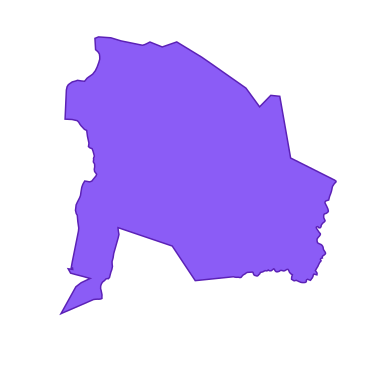 Santiago Miltepec, Oaxaca, Mexico, rotated 191°
{"feature_id": "50627088B74886386761590", "entity_name": "Santiago Miltepec", "entity_type": "district", "adm_level": 2, "iso_a3": "MEX", "parent_name": "Mexico", "parent_adm1": "Oaxaca", "projection": "natural_earth1", "projection_center": [-97.734, 17.988], "detail": "fine", "context": "isolated", "style": "filled", "palette": "violet", "viewbox_px": 384, "rotation_deg": 191, "n_neighbors": 0, "source": "geoboundaries", "source_scale": "gbopen_adm2", "svg_char_len": 4354}
<svg xmlns="http://www.w3.org/2000/svg" viewBox="0 0 384 384"><g transform="rotate(191 192 192)"><path d="M297.4,47.6L268.1,67.7L266.2,68.3L264.3,68.8L262.9,69.0L261.1,69.6L260.1,70.3L260.5,72.3L260.7,73.8L261.3,75.3L262.3,77.7L263.3,79.8L263.7,82.4L263.4,84.4L262.7,86.4L260.9,88.5L259.8,90.3L258.5,90.9L257.7,90.8L256.7,92.3L256.5,95.6L256.3,98.4L256.1,99.3L255.9,100.8L255.9,103.9L256.4,105.2L256.8,106.7L257.2,108.5L256.9,112.3L257.1,116.7L255.8,132.0L255.7,133.6L255.6,136.4L256.5,138.7L257.6,141.9L257.8,142.9L201.1,135.2L171.9,105.6L135.2,116.7L134.9,116.7L133.5,116.6L131.8,116.8L130.6,117.1L129.9,117.2L129.1,117.1L127.8,117.4L127.3,117.9L126.8,119.0L125.8,120.5L124.2,121.8L123.6,122.6L122.5,123.6L119.0,124.5L117.5,124.9L116.7,124.7L116.4,123.9L115.5,122.6L114.6,122.1L113.8,122.1L112.9,121.9L111.7,122.1L111.0,122.9L110.7,123.6L109.9,124.6L109.5,126.1L107.3,127.1L105.2,128.8L104.2,128.7L103.0,129.1L102.3,130.0L101.5,129.6L100.4,129.5L99.1,129.9L98.4,130.7L97.8,131.4L97.3,132.1L96.6,132.0L96.3,131.9L96.2,131.6L95.8,131.0L95.2,130.4L94.4,129.9L93.4,129.8L92.3,130.2L91.1,130.9L90.4,131.8L89.4,132.1L88.2,132.1L87.6,132.0L87.0,132.0L86.2,132.3L85.2,133.0L84.4,133.9L83.5,134.3L82.9,134.3L82.5,133.9L81.9,133.2L81.5,132.5L80.8,131.6L78.9,130.3L78.2,130.2L77.6,129.9L77.8,128.9L77.9,127.8L77.8,126.3L77.6,125.3L76.6,125.0L75.8,124.6L74.8,124.3L73.9,124.7L72.8,125.2L72.1,125.0L71.3,124.9L70.4,124.6L68.8,124.3L68.0,124.1L67.0,124.1L66.0,124.2L64.9,124.4L64.1,124.7L63.9,124.7L63.5,124.9L63.1,125.2L62.8,125.6L62.7,126.3L62.9,126.8L62.9,127.2L62.8,127.6L62.6,127.8L61.8,128.4L60.3,128.1L58.9,127.9L58.3,129.0L58.0,130.0L57.6,130.4L57.4,131.1L57.1,132.5L57.2,133.5L56.9,134.1L56.6,134.7L53.6,134.5L53.6,135.6L54.0,136.6L55.9,138.4L55.1,140.8L54.2,143.2L54.0,144.3L53.1,147.5L52.4,148.3L52.3,148.8L52.2,149.2L52.7,149.7L53.0,150.1L53.1,150.6L53.0,151.0L52.7,151.4L52.2,151.7L51.4,152.1L51.7,152.8L51.7,153.2L51.7,153.7L51.3,154.3L50.4,155.2L49.8,155.9L49.3,156.7L49.2,157.1L49.4,157.8L50.1,158.7L51.3,159.9L52.0,160.7L52.4,161.7L52.8,162.8L53.4,163.7L54.4,164.6L55.4,165.1L57.3,165.5L58.5,165.9L59.1,166.2L59.6,167.1L60.0,168.2L60.2,169.3L60.1,170.2L59.3,171.8L58.5,173.1L58.2,173.8L58.0,174.3L57.9,175.0L58.1,175.6L59.6,176.8L61.5,178.7L62.8,180.0L63.2,180.7L63.3,181.0L63.2,181.4L62.7,181.7L62.5,181.8L62.3,182.0L61.9,182.0L61.0,181.4L60.7,181.1L60.2,181.1L59.6,181.2L59.2,181.5L58.9,182.1L58.7,182.9L58.8,183.6L58.7,184.2L58.5,184.9L58.1,185.6L57.6,186.5L56.9,187.4L56.4,187.9L56.0,188.6L55.9,189.1L56.0,189.5L56.8,190.5L57.4,191.4L57.8,192.0L58.0,192.8L58.1,193.4L58.2,194.0L58.2,194.8L58.1,195.3L57.8,195.7L57.3,196.1L56.7,196.3L56.0,196.8L55.0,197.9L54.7,198.4L54.5,199.2L54.9,200.3L55.5,201.5L57.0,203.6L58.7,205.8L59.2,206.4L59.5,207.1L59.4,207.8L59.1,208.5L58.4,209.1L57.6,209.5L56.3,210.2L56.1,213.9L55.6,216.7L55.3,219.0L55.2,221.1L55.2,222.4L55.2,223.4L55.1,224.4L54.6,225.6L54.0,227.1L53.4,228.1L52.9,228.8L52.6,229.3L52.6,229.7L52.7,230.0L52.8,230.2L53.5,230.4L54.2,230.9L55.4,231.2L101.7,244.2L103.6,249.2L105.7,254.7L124.1,302.7L133.1,301.9L141.9,288.5L158.9,304.3L184.0,315.5L194.1,320.0L207.9,326.1L235.6,336.4L248.9,328.7L261.9,331.2L264.2,329.4L266.5,327.7L268.6,326.6L290.5,326.8L301.1,327.9L313.4,326.4L316.6,324.3L313.8,313.3L311.2,311.8L309.3,309.9L308.5,307.6L307.9,304.8L308.2,301.3L309.0,296.4L310.1,292.4L312.0,288.7L313.6,287.0L315.0,285.6L316.7,283.7L318.6,280.2L321.9,279.9L325.7,279.8L327.5,278.7L330.6,277.2L333.8,273.9L334.7,271.5L334.8,268.2L330.5,239.3L323.5,240.3L321.0,240.2L318.2,240.1L316.5,238.9L315.1,237.3L313.6,235.9L309.6,233.0L307.1,232.3L305.2,226.6L302.5,220.3L302.3,216.8L300.5,215.8L298.4,215.5L297.0,213.3L295.7,210.7L294.7,208.6L294.8,208.2L294.8,207.9L295.0,207.1L295.1,206.2L294.8,205.2L294.7,205.0L294.7,203.3L294.4,202.4L294.2,202.2L293.8,201.8L293.3,201.4L292.9,200.6L292.5,198.9L292.3,198.0L292.3,195.7L291.5,193.5L289.8,192.0L289.2,191.5L289.0,191.2L289.2,190.1L289.2,189.7L292.5,183.5L294.5,182.4L297.0,182.4L299.4,182.3L300.6,178.8L301.1,175.6L301.0,171.4L300.8,167.3L301.2,165.0L302.6,160.1L303.3,157.2L303.1,154.8L302.9,151.8L301.5,148.7L300.2,147.3L298.5,141.4L296.3,135.0L296.0,131.9L296.2,100.5L296.1,94.0L294.8,94.6L294.3,93.2L298.9,93.0L295.7,89.2L290.9,88.8L282.7,88.3L275.5,87.7L283.5,81.8L287.9,76.8L297.4,47.6Z" fill="#8b5cf6" stroke="#5b21b6" stroke-width="1.5"/></g></svg>